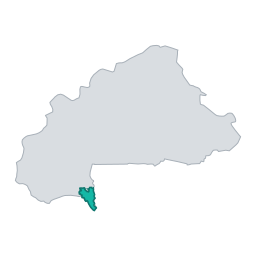 Noumbiel, Noumbiel, Burkina Faso (highlighted)
{"feature_id": "67063806B78350075830190", "entity_name": "Noumbiel", "entity_type": "district", "adm_level": 2, "iso_a3": "BFA", "parent_name": "Burkina Faso", "parent_adm1": "Noumbiel", "projection": "orthographic", "projection_center": [-3.048, 9.8], "detail": "fine", "context": "in_parent", "style": "filled", "palette": "teal", "viewbox_px": 256, "rotation_deg": 0, "n_neighbors": 0, "source": "geoboundaries", "source_scale": "gbopen_adm2", "svg_char_len": 5782}
<svg xmlns="http://www.w3.org/2000/svg" viewBox="0 0 256 256"><path d="M198.8,163.6L191.4,164.0L188.8,164.8L187.2,164.9L187.1,164.2L186.9,163.8L177.6,161.6L171.1,160.3L164.5,158.9L164.2,160.3L163.2,161.2L161.8,161.3L160.8,161.1L160.2,162.2L159.1,163.6L157.6,164.3L156.1,165.2L155.3,165.9L154.6,166.0L153.1,164.2L151.1,164.0L147.4,164.3L145.7,163.8L143.4,163.6L138.0,164.0L129.3,163.3L127.9,163.7L127.5,164.1L118.9,164.2L109.4,164.3L101.5,164.4L94.6,164.5L94.6,164.2L92.4,164.1L92.1,164.7L90.2,172.0L89.9,175.9L91.0,178.4L92.2,179.9L93.5,180.6L93.6,181.5L92.6,182.6L92.7,183.8L93.9,185.0L94.2,186.2L93.6,187.6L93.7,190.7L94.7,195.8L94.7,199.0L93.8,200.5L94.2,203.1L95.9,206.7L96.2,208.2L95.6,208.9L94.2,209.9L92.8,209.9L91.1,207.7L90.4,206.7L89.0,204.5L87.9,202.2L86.3,201.3L84.8,200.4L82.9,197.5L81.1,196.2L79.2,196.6L76.5,196.0L70.9,195.3L64.9,195.5L62.4,196.2L59.9,197.2L53.7,199.4L51.2,200.6L49.3,203.4L47.2,203.3L45.1,202.4L43.8,201.1L40.9,201.4L38.2,200.1L35.5,197.6L33.6,196.8L31.1,195.0L30.4,191.6L28.9,189.3L27.4,185.9L25.3,184.5L22.8,183.6L19.4,183.8L17.1,182.5L15.4,180.5L15.8,178.8L16.7,176.5L16.8,174.2L17.3,170.5L17.0,165.8L16.4,162.6L18.3,161.3L20.5,160.1L21.9,157.9L23.4,152.9L24.0,148.7L23.6,147.1L22.9,145.8L22.3,144.0L22.0,141.8L22.4,139.8L24.1,138.0L26.1,136.5L27.6,135.8L31.5,135.0L36.4,133.9L39.2,132.7L41.2,131.4L42.4,130.4L43.6,128.3L45.5,126.7L46.9,125.1L47.1,120.6L47.1,118.0L46.1,116.6L45.5,115.4L52.7,111.9L52.8,109.4L51.8,106.6L50.4,104.4L49.9,102.4L51.9,100.2L53.6,98.5L54.9,97.0L57.8,94.8L60.7,94.2L63.4,95.1L71.2,100.3L72.6,100.6L74.2,100.2L76.3,98.9L79.0,97.8L80.0,94.3L79.9,89.2L80.5,86.8L81.9,86.4L86.4,87.4L87.6,87.5L88.9,87.1L89.8,86.2L89.8,84.6L89.6,83.1L91.1,78.4L93.7,74.8L99.1,70.3L100.8,69.4L102.8,69.0L112.5,72.0L114.1,71.2L116.4,63.6L119.0,62.9L122.2,62.8L124.2,62.1L125.3,61.6L129.9,58.7L138.0,54.7L142.3,53.0L143.2,52.4L146.3,49.6L150.4,46.3L153.0,45.7L156.6,45.4L159.0,45.9L159.6,46.8L160.3,47.3L165.1,45.9L171.9,48.0L177.9,50.1L177.5,51.4L177.5,53.8L177.1,57.6L176.5,62.1L179.0,65.0L182.0,68.1L182.8,69.3L182.1,72.4L182.6,74.2L184.2,77.2L186.9,81.0L189.7,85.0L191.5,85.5L193.3,85.8L194.4,86.5L196.0,87.1L197.6,87.6L199.0,88.4L199.9,89.3L201.0,91.7L204.1,93.3L206.3,94.8L205.4,95.6L202.8,95.3L200.3,94.7L199.9,95.9L199.9,100.3L200.4,104.1L201.0,104.5L203.5,105.2L209.6,110.0L215.1,114.5L216.9,115.6L219.9,116.1L223.3,116.2L224.7,115.8L227.9,113.4L229.7,113.1L231.3,113.2L232.1,113.5L233.7,115.4L235.2,118.2L235.7,120.3L235.6,121.4L235.1,121.9L232.4,122.4L231.3,122.9L231.0,123.5L231.5,124.9L232.0,125.8L235.0,129.9L239.3,135.3L240.6,136.7L239.9,138.4L237.9,142.8L236.3,144.6L229.3,150.8L225.8,150.2L218.5,151.5L217.4,150.1L215.7,150.0L213.6,150.2L212.8,150.8L212.6,151.4L211.8,152.2L210.5,154.7L209.5,155.3L208.2,155.7L206.6,155.7L205.7,156.0L205.7,157.2L205.4,158.3L204.3,158.8L203.9,160.0L204.0,161.1L203.4,161.7L202.0,161.4L201.2,161.1L200.4,162.6L199.5,163.6L198.8,163.6Z" fill="#d9dde1" stroke="#a8b0b8" stroke-width="1"/><path d="M93.3,188.0L92.9,188.2L92.7,188.2L92.5,188.3L92.4,188.3L92.3,188.2L92.2,188.2L91.8,188.0L91.7,188.0L91.6,187.9L91.6,187.6L91.6,187.4L91.3,187.4L90.8,187.4L90.6,187.4L90.4,187.4L89.8,187.5L89.7,187.5L89.6,187.8L89.6,188.0L89.4,188.1L89.4,188.3L89.3,188.5L89.2,188.5L88.9,188.7L88.7,188.8L88.4,189.0L88.2,189.0L88.3,189.1L88.2,189.1L88.1,189.3L88.3,189.5L88.4,189.8L88.5,189.9L88.7,190.0L88.9,190.1L88.9,190.3L88.9,190.5L89.0,190.7L89.0,190.8L89.0,191.0L88.9,191.3L88.8,191.5L88.7,191.5L88.5,191.8L88.4,191.9L88.2,191.8L88.2,191.7L87.9,191.6L87.7,191.6L87.4,191.6L87.2,191.6L87.2,191.4L86.9,191.3L86.9,191.2L86.7,191.1L86.4,191.0L86.3,190.9L86.2,190.8L86.0,190.6L85.9,190.6L85.7,190.5L85.5,190.4L85.4,190.2L85.1,189.9L85.1,189.7L84.9,189.5L84.9,189.4L85.0,189.3L84.9,189.3L84.9,189.2L84.8,188.9L84.7,188.9L84.7,188.7L84.8,188.6L84.7,188.5L84.7,188.4L84.6,188.2L84.5,187.9L84.4,187.9L84.1,187.9L83.9,188.0L83.8,187.9L83.7,187.9L83.6,188.0L83.3,188.0L83.1,188.1L82.8,188.2L82.7,188.2L82.0,188.0L81.9,188.0L81.7,188.0L81.4,188.1L81.2,188.1L80.9,188.0L80.7,188.0L80.4,188.1L80.2,188.1L79.9,188.1L79.8,188.3L79.8,188.5L79.9,188.8L79.9,189.0L80.0,189.1L80.2,189.3L80.3,189.3L80.3,189.5L80.5,189.6L80.8,189.6L81.0,189.8L81.2,190.0L81.3,190.1L81.3,190.3L81.2,190.5L81.1,190.8L80.9,190.8L80.4,190.9L80.2,190.8L79.8,190.9L79.7,191.0L79.7,191.3L79.7,191.5L79.4,191.8L79.2,191.8L79.1,192.0L79.1,192.3L79.1,192.5L79.4,192.7L79.5,192.8L79.5,193.0L79.4,193.3L79.3,193.5L79.2,193.7L79.2,193.8L79.4,194.0L79.5,194.1L79.9,194.1L80.1,194.0L80.3,193.9L80.4,194.0L80.5,194.0L80.6,194.3L80.7,194.5L80.8,194.6L80.9,194.8L81.0,194.9L81.1,195.0L81.3,195.1L81.5,195.0L81.8,195.1L81.7,195.2L81.7,195.3L81.8,195.3L82.0,195.6L82.0,196.2L82.0,196.5L81.9,197.0L81.9,197.3L82.0,197.4L82.2,197.7L82.8,197.7L83.3,197.6L83.6,197.6L83.9,197.7L84.1,197.8L84.2,198.3L84.4,198.7L84.6,198.9L84.8,199.2L84.8,199.8L84.9,200.1L85.0,200.2L85.2,200.6L85.6,201.2L85.8,201.3L86.1,201.3L86.3,201.2L87.0,200.6L87.3,200.8L87.7,201.3L88.0,202.0L88.2,202.7L88.5,203.4L88.9,204.2L89.1,204.5L89.7,205.6L90.1,206.3L90.4,206.8L91.3,208.0L91.9,208.5L92.1,208.8L92.9,209.6L93.3,210.0L93.6,210.3L94.1,210.5L94.3,210.6L94.6,210.3L95.1,209.5L95.2,209.4L95.4,209.1L95.9,208.4L96.2,208.2L96.4,208.0L96.4,207.8L95.8,207.1L95.7,207.0L95.1,206.8L94.6,206.4L94.2,206.0L94.1,205.8L93.9,205.2L93.9,204.9L94.0,204.5L94.6,203.6L94.4,203.2L94.3,202.6L94.1,202.4L93.6,202.1L93.4,201.7L93.5,201.2L93.3,200.7L93.7,200.1L93.9,199.6L94.2,199.1L94.3,198.9L94.9,198.5L95.0,198.3L95.1,198.1L94.5,197.4L94.3,197.1L94.2,196.9L94.1,196.3L94.1,196.0L94.1,195.7L94.6,194.7L94.6,194.4L94.3,193.7L94.2,193.2L93.7,192.4L93.7,192.2L93.5,191.6L93.4,191.1L93.4,190.8L93.3,190.1L93.5,189.4L93.5,189.2L93.4,188.7L93.3,188.2L93.3,188.0Z" fill="#14b8a6" stroke="#0f766e" stroke-width="1.5"/></svg>